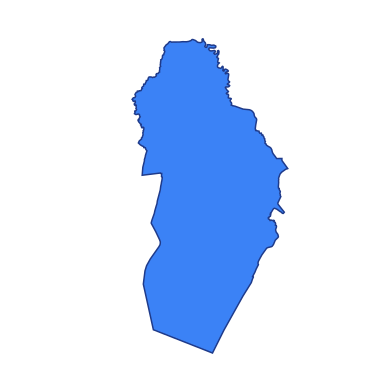 outline of Bang Kaeo, Phatthalung, Thailand, rotated 119°
{"feature_id": "78962969B48542053253102", "entity_name": "Bang Kaeo", "entity_type": "district", "adm_level": 2, "iso_a3": "THA", "parent_name": "Thailand", "parent_adm1": "Phatthalung", "projection": "orthographic", "projection_center": [100.142, 7.416], "detail": "fine", "context": "isolated", "style": "filled", "palette": "blue", "viewbox_px": 384, "rotation_deg": 119, "n_neighbors": 0, "source": "geoboundaries", "source_scale": "gbopen_adm2", "svg_char_len": 5945}
<svg xmlns="http://www.w3.org/2000/svg" viewBox="0 0 384 384"><g transform="rotate(119 192 192)"><path d="M322.9,96.0L297.5,97.1L258.3,97.0L242.5,96.2L238.9,96.9L236.6,97.1L236.4,97.3L236.6,98.0L231.5,98.1L228.4,98.5L223.3,98.7L222.7,99.5L221.7,100.0L220.5,100.3L217.0,100.4L213.1,100.4L205.2,99.5L204.3,99.1L203.7,98.6L201.3,96.0L200.7,95.6L198.5,95.3L193.8,95.8L190.4,94.8L189.4,94.7L188.9,95.0L187.5,96.3L186.2,99.0L185.0,100.2L184.2,100.7L181.9,101.1L181.0,101.5L180.5,102.0L180.6,103.0L179.5,103.3L178.5,104.2L178.2,104.8L178.3,105.3L178.2,105.8L178.1,106.0L177.4,106.0L177.2,106.1L177.1,106.8L177.8,107.3L177.8,107.8L178.2,108.8L178.2,109.3L178.8,109.5L179.1,109.9L178.5,110.9L178.5,112.1L177.6,112.8L177.4,112.8L177.1,112.3L176.5,112.5L176.1,112.2L175.6,112.1L175.4,111.8L175.2,111.7L173.9,112.1L173.8,112.6L173.5,112.9L173.3,112.9L173.1,112.4L172.8,112.4L172.1,113.1L171.7,112.8L168.0,112.7L166.9,112.5L166.5,112.2L166.2,111.9L165.9,109.5L166.4,105.4L166.3,104.7L166.8,102.6L166.7,102.2L166.4,101.7L164.9,101.5L161.1,110.6L160.6,111.2L160.0,111.6L152.9,112.1L152.3,113.1L151.7,113.3L150.6,114.5L148.9,114.9L148.2,115.8L147.6,116.9L146.6,117.4L146.7,118.2L145.6,119.0L141.5,120.9L140.2,121.8L139.2,122.1L137.9,123.0L133.6,123.7L131.2,123.2L126.7,121.1L125.7,120.2L125.4,119.8L125.1,119.6L121.1,128.1L120.6,128.8L119.1,129.6L121.7,134.2L120.7,136.2L119.3,139.4L118.4,140.8L116.2,142.9L115.3,144.4L115.1,145.5L115.1,147.9L114.9,149.6L114.6,149.9L114.4,150.4L114.0,150.7L114.0,151.7L112.9,152.3L112.1,152.4L112.0,152.9L111.1,153.8L110.3,154.0L109.8,155.3L109.0,155.8L108.3,157.2L107.9,157.6L108.4,158.1L108.4,158.3L107.8,158.5L107.7,159.3L107.0,159.8L106.9,160.1L107.5,160.6L107.7,161.3L107.1,162.3L106.3,162.8L107.3,165.9L107.0,166.0L107.0,166.4L106.5,166.6L106.2,167.2L105.6,167.5L102.4,168.8L97.6,170.4L97.0,170.8L96.5,171.4L95.8,173.5L95.1,174.4L93.2,176.0L92.2,178.1L92.0,179.3L92.0,180.4L92.3,181.9L94.7,187.4L96.1,196.0L96.9,198.5L96.9,199.9L96.1,199.8L95.0,200.6L94.7,201.0L94.4,202.0L93.5,203.0L93.0,203.1L91.8,202.8L91.4,202.9L91.3,203.4L92.0,205.3L92.0,206.0L89.4,207.0L89.0,207.8L89.4,209.0L89.3,209.5L89.1,209.8L88.7,209.8L87.0,208.9L86.4,208.9L85.9,210.8L84.6,213.4L84.2,213.5L83.8,213.4L82.7,211.5L82.0,210.9L81.5,210.7L80.7,210.6L80.5,211.0L80.6,213.1L80.5,213.4L80.1,213.4L78.3,212.5L77.5,212.5L77.2,213.7L76.3,215.1L71.7,216.7L71.1,217.1L70.9,217.6L70.9,218.0L71.1,218.6L72.3,219.9L72.3,220.2L72.0,220.5L71.5,220.5L70.6,220.3L69.1,219.0L68.8,218.9L68.5,219.0L68.2,219.6L68.1,220.6L68.1,221.5L68.4,222.5L69.2,223.0L70.7,222.7L70.9,223.0L70.9,223.4L70.8,223.9L69.0,224.6L67.6,225.4L67.3,225.7L67.2,226.1L67.5,226.4L69.3,226.6L70.0,227.0L70.5,229.0L70.4,230.1L69.5,230.8L68.3,231.2L67.7,231.2L65.9,230.7L65.8,231.2L66.2,232.1L66.1,232.4L65.1,232.9L62.4,233.6L62.3,233.8L62.3,235.2L61.9,235.8L60.7,235.5L59.7,235.9L58.5,235.5L56.2,236.4L55.6,237.0L55.5,237.6L56.0,238.0L56.6,238.0L57.9,237.2L58.2,237.2L59.0,237.5L60.4,238.7L60.5,239.1L60.0,240.2L58.2,239.6L57.6,239.9L57.3,240.4L57.4,241.2L58.4,242.3L59.4,243.8L59.7,244.7L59.6,245.5L58.9,246.7L57.8,246.7L57.2,246.2L55.8,243.1L54.7,241.7L54.2,241.5L53.5,241.5L52.8,242.0L52.9,244.1L54.3,246.1L54.6,247.9L55.6,249.8L56.1,249.9L57.6,249.4L58.3,249.4L58.6,249.7L58.8,250.5L58.7,251.0L58.4,251.4L56.4,251.5L55.3,252.4L55.0,252.8L54.3,254.8L53.6,255.6L52.8,256.3L52.8,256.8L53.1,257.1L53.7,257.2L55.4,256.1L55.8,256.0L56.4,256.3L57.2,257.0L57.9,258.4L58.3,259.8L57.8,262.3L58.2,265.2L58.7,265.9L60.0,266.3L61.9,267.9L63.3,269.7L65.1,273.1L66.9,275.7L70.2,281.6L70.8,282.3L70.9,283.9L71.5,284.6L74.3,285.1L75.7,285.9L79.4,286.4L80.0,286.1L80.8,285.3L81.6,285.3L82.0,284.1L83.4,283.7L84.2,283.7L85.8,283.3L86.4,283.9L86.9,283.9L87.4,283.8L88.6,283.1L90.4,282.8L90.8,282.9L91.5,283.4L91.8,283.1L92.9,282.8L93.6,282.3L94.5,282.2L95.0,281.7L96.0,281.5L96.5,281.2L97.3,280.3L97.7,280.3L98.3,280.6L99.1,280.6L99.8,279.9L102.3,279.0L102.7,278.5L103.6,278.9L104.8,279.1L105.2,279.9L105.8,280.4L106.8,280.3L106.8,280.0L107.6,279.5L109.8,280.4L110.2,281.4L111.0,281.9L111.0,282.7L111.3,283.7L112.2,285.3L113.7,285.5L115.1,284.9L116.2,285.3L116.7,286.0L117.6,285.5L118.7,285.7L119.4,285.4L119.9,285.4L120.6,285.4L120.7,285.6L120.9,286.4L121.2,286.5L122.8,285.7L124.0,286.3L124.8,286.5L125.4,286.3L125.6,285.6L126.6,285.9L127.8,285.7L128.2,285.9L129.0,287.2L129.6,287.3L129.7,287.8L130.2,288.6L130.8,288.2L131.1,288.6L131.6,288.7L132.0,289.1L134.3,289.2L135.4,287.9L135.8,287.7L136.3,287.8L136.8,287.7L137.3,287.9L138.0,288.9L138.5,289.1L140.0,289.3L140.1,288.4L140.9,288.0L141.0,287.3L141.0,286.9L140.1,286.1L140.0,285.7L141.0,285.0L141.5,284.9L142.4,285.3L143.4,284.9L143.7,284.5L143.8,283.9L143.0,283.5L143.3,282.7L144.3,282.4L145.4,281.5L146.2,281.5L146.7,280.5L148.0,280.4L149.0,281.3L149.3,281.1L149.7,280.5L151.4,280.3L151.5,278.7L151.2,278.2L149.9,276.9L149.7,275.9L149.8,275.5L150.8,274.8L151.3,273.8L153.3,273.9L154.0,273.6L154.2,273.9L154.5,274.1L154.8,274.1L155.0,273.7L155.2,274.0L155.6,273.9L156.5,272.6L157.2,270.7L157.5,270.0L157.4,269.2L157.7,269.1L158.3,269.3L158.4,268.8L158.9,268.5L159.2,268.0L159.6,267.8L160.1,266.9L159.9,266.5L159.1,266.3L159.0,265.8L159.2,265.3L160.4,264.6L161.4,264.3L161.9,264.5L162.9,263.7L163.6,263.9L165.4,262.8L165.7,262.5L167.4,262.3L168.2,262.0L169.3,262.4L170.1,261.8L172.6,262.8L173.5,262.9L174.0,262.7L175.1,262.7L175.8,260.1L175.9,257.9L175.7,256.2L176.5,255.7L175.9,254.2L177.0,253.2L177.1,252.8L177.5,252.3L177.8,251.4L182.4,250.5L184.1,249.9L186.6,249.4L187.9,248.7L194.2,247.0L201.5,243.7L190.7,228.8L191.0,228.4L190.5,227.5L193.4,226.1L193.5,225.9L193.4,225.3L193.8,225.0L196.6,223.9L198.1,223.5L199.9,222.8L202.0,222.2L205.8,220.7L216.6,218.0L219.1,217.0L222.1,216.4L226.8,215.3L228.9,214.6L235.5,213.5L238.5,212.8L239.1,212.5L244.4,204.3L249.4,197.3L251.0,195.5L252.7,194.7L253.6,194.4L255.9,194.4L270.7,196.0L278.4,196.0L283.7,194.9L296.2,189.9L331.2,159.0L322.9,96.0Z" fill="#3b82f6" stroke="#1e3a8a" stroke-width="1.5"/></g></svg>